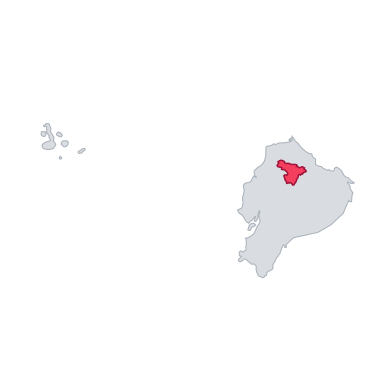 Pichincha highlighted on a map of Ecuador, rotated 10°
{"feature_id": "ECU-1287", "entity_name": "Pichincha", "entity_type": "Province", "adm_level": 1, "iso_a3": "ECU", "parent_name": "Ecuador", "parent_adm1": "", "projection": "natural_earth1", "projection_center": [-78.482, -0.183], "detail": "fine", "context": "in_parent", "style": "filled", "palette": "rose", "viewbox_px": 384, "rotation_deg": 10, "n_neighbors": 0, "source": "natural_earth", "source_scale": "10m", "svg_char_len": 5929}
<svg xmlns="http://www.w3.org/2000/svg" viewBox="0 0 384 384"><g transform="rotate(10 192 192)"><path d="M350.2,154.8L349.1,155.6L346.5,155.9L344.4,155.1L343.5,155.1L343.4,155.9L346.2,158.0L347.4,161.6L349.4,163.7L350.6,164.8L350.6,165.6L350.3,167.0L350.2,168.2L350.8,173.7L350.4,174.1L348.9,174.1L347.8,173.1L344.6,186.7L334.6,200.2L323.1,209.8L310.0,215.3L300.3,219.2L298.8,220.7L294.0,227.4L293.8,228.1L294.5,229.3L294.5,230.0L293.8,230.5L293.2,230.6L292.9,230.2L292.7,229.4L292.1,228.5L291.3,228.3L290.9,228.5L290.8,229.3L289.9,232.9L289.8,234.7L289.4,235.4L289.4,237.0L288.5,238.5L287.7,240.9L286.9,241.7L285.9,245.5L284.4,249.3L284.3,250.6L284.8,251.5L284.9,252.3L284.3,254.6L280.9,256.9L280.0,258.0L279.7,259.3L279.9,260.4L279.8,261.2L278.7,261.6L277.6,263.7L276.7,264.2L274.6,263.5L273.0,263.5L271.8,262.8L269.4,259.2L268.5,257.0L268.2,254.1L265.9,252.2L262.8,252.7L261.9,252.0L259.6,250.8L257.6,249.3L256.2,248.6L255.1,249.0L253.2,251.3L251.5,252.4L250.7,252.3L249.6,251.6L249.4,250.8L252.0,246.7L250.1,246.6L249.4,245.7L249.3,244.7L249.0,243.6L249.4,242.2L250.4,241.5L251.9,242.1L253.0,242.1L253.7,240.9L255.1,239.9L255.4,239.3L254.7,237.3L254.4,236.2L254.7,235.5L254.6,233.3L254.1,232.5L254.1,231.3L253.7,230.6L253.6,229.1L252.6,228.3L255.8,226.9L256.9,225.7L258.3,224.7L259.6,223.1L260.4,221.6L262.3,214.6L264.1,210.2L263.8,208.1L262.3,205.2L262.0,201.0L262.1,199.7L261.9,198.7L260.9,200.5L261.2,206.7L260.3,209.5L259.1,210.2L258.3,209.7L258.7,205.1L257.8,206.0L256.4,209.0L254.0,211.3L253.9,212.1L253.3,213.0L251.5,212.2L250.1,211.2L245.6,206.1L242.6,205.0L240.8,203.2L240.4,202.5L240.2,201.4L242.1,200.4L243.9,198.9L244.1,195.7L244.1,193.2L242.7,189.0L243.3,183.4L243.0,181.2L241.4,176.6L242.6,174.2L246.8,172.5L248.1,171.4L249.1,167.7L250.0,165.5L251.9,166.4L253.4,166.3L251.4,165.5L249.8,162.2L249.5,160.6L252.6,156.1L254.3,154.9L256.3,152.5L258.0,148.9L258.4,143.2L257.7,139.1L257.1,134.8L258.2,133.7L260.7,133.1L262.8,131.7L263.9,130.4L266.3,130.6L269.2,128.6L273.8,127.7L280.2,125.4L281.6,123.4L280.9,119.8L283.3,122.0L284.4,123.6L287.7,125.5L291.5,129.0L294.1,130.7L296.9,132.3L300.9,133.9L303.3,133.6L304.4,136.2L305.3,137.0L307.6,137.8L307.9,138.1L308.8,142.9L309.3,143.6L311.3,144.3L313.7,144.6L314.7,144.4L316.9,145.8L320.2,146.8L321.4,147.0L322.0,146.8L322.2,146.3L323.2,146.4L324.6,147.0L326.7,147.1L328.0,146.5L328.3,143.9L328.8,143.3L330.3,142.3L331.1,142.6L335.0,144.7L335.8,145.4L336.8,146.8L338.6,149.0L340.6,150.4L343.7,151.0L346.7,153.3L350.2,154.8ZM40.6,151.8L41.8,153.3L42.4,157.4L46.3,161.7L46.8,164.2L46.4,165.3L46.6,165.7L48.5,167.4L49.7,169.2L47.7,173.5L43.3,175.2L38.6,175.2L37.7,174.7L36.5,173.1L36.2,171.7L37.0,170.3L39.4,168.2L43.0,166.3L43.5,164.9L42.0,163.5L41.0,160.8L38.7,158.8L37.5,152.9L36.8,152.6L35.2,153.4L34.4,152.7L34.3,152.3L36.0,151.0L36.3,150.0L38.8,149.6L39.9,150.3L40.6,151.8ZM58.7,169.7L57.7,169.7L54.7,167.6L54.9,165.4L56.1,164.0L60.0,163.3L61.6,164.6L61.5,167.2L60.1,169.0L59.1,169.4L58.7,169.7ZM256.3,219.0L255.9,219.9L254.1,219.8L253.6,219.5L254.0,215.4L254.5,214.1L256.0,212.8L257.3,212.2L258.9,212.3L260.6,213.5L258.6,215.6L257.0,216.2L256.3,219.0ZM37.6,162.7L35.6,163.1L34.0,162.3L33.3,161.2L33.2,159.4L33.3,158.8L36.9,158.1L38.1,159.6L38.1,161.8L37.6,162.7ZM76.5,172.8L74.2,173.7L72.9,172.9L72.8,172.3L74.0,170.9L75.3,170.2L76.4,168.6L78.4,167.6L79.0,167.9L79.4,168.2L79.5,168.7L78.9,170.0L77.6,170.9L76.5,172.8ZM54.1,159.9L53.2,160.6L49.5,159.8L48.4,158.5L49.3,156.7L50.1,156.0L52.3,156.6L54.5,158.6L54.1,159.9ZM57.0,182.4L56.2,182.5L55.2,181.5L56.0,179.7L57.5,180.7L57.9,181.3L57.0,182.4ZM280.0,124.3L278.9,124.5L278.4,123.4L279.7,122.2L280.2,121.9L280.0,124.3Z" fill="#d9dde1" stroke="#a8b0b8" stroke-width="1"/><path d="M300.8,151.7L300.6,152.2L300.3,152.4L299.0,153.2L298.3,153.5L298.1,153.6L298.1,153.8L298.0,154.4L298.0,154.6L297.9,154.8L297.7,154.8L297.4,155.4L297.1,155.5L296.7,155.3L296.4,155.5L296.4,155.8L296.1,156.2L296.0,156.4L295.7,156.5L295.3,156.3L295.1,156.2L294.5,156.3L294.3,156.4L294.1,156.4L294.0,156.6L294.0,156.8L294.0,157.0L293.9,159.0L293.8,159.6L293.6,160.1L293.0,160.9L292.8,161.4L292.7,161.7L293.0,162.3L293.0,162.5L292.9,162.8L292.6,163.3L292.5,163.5L292.5,163.8L292.5,164.0L292.5,164.3L292.3,164.8L292.1,165.1L291.7,165.5L291.6,165.8L291.4,166.1L291.4,166.7L291.3,167.0L291.2,167.2L291.0,167.3L290.5,167.4L290.3,167.5L289.9,167.7L288.6,166.2L288.1,165.9L287.8,166.0L287.4,165.9L287.1,165.9L286.9,165.9L286.4,166.2L286.2,166.3L285.9,166.1L285.6,166.0L285.4,166.1L285.2,166.3L284.9,166.5L284.7,166.5L284.1,167.0L283.9,167.1L283.7,167.0L283.6,166.8L283.6,166.6L283.5,166.2L283.3,165.7L283.0,165.2L281.8,164.2L281.5,163.9L281.4,163.7L281.3,163.1L281.2,163.0L281.0,162.6L280.7,161.9L280.0,160.8L280.0,160.7L280.0,160.4L279.9,160.3L279.7,160.1L280.3,159.1L282.8,158.8L283.1,157.2L282.2,155.9L280.3,154.8L279.7,154.1L276.3,154.2L276.1,152.4L272.2,152.2L271.2,151.3L271.5,150.2L271.8,149.7L272.0,149.1L272.3,148.7L272.3,148.4L272.3,148.2L272.1,148.1L272.0,147.9L271.5,147.5L271.4,147.4L271.4,147.2L271.5,147.0L271.7,146.9L272.1,146.7L272.3,146.5L272.7,146.1L272.9,146.0L273.2,145.9L273.4,145.7L273.9,145.3L274.1,145.3L274.4,145.3L274.9,145.3L275.4,145.3L277.4,145.8L277.6,145.9L277.7,146.0L278.0,146.4L278.3,147.3L278.5,147.4L278.8,147.6L279.1,147.7L279.4,147.6L279.7,147.6L280.1,147.5L280.8,147.2L282.5,147.0L283.0,147.1L284.9,147.6L285.4,147.6L285.6,147.5L285.8,147.4L286.8,147.3L287.2,147.2L287.5,147.2L288.5,147.0L289.6,146.9L290.1,147.0L290.4,147.1L290.5,147.3L290.6,147.5L290.6,147.8L290.6,148.0L290.5,148.4L290.5,148.6L291.0,148.2L291.4,148.2L291.6,148.4L292.0,148.8L292.3,149.0L292.6,149.2L293.2,149.4L293.7,149.4L294.2,149.2L295.0,148.8L295.4,148.5L295.8,148.1L296.1,148.0L296.4,148.0L298.6,148.8L298.1,149.7L298.1,149.8L298.3,149.9L298.5,150.0L298.8,150.1L299.4,150.4L299.7,150.5L299.8,150.5L300.2,150.7L300.3,150.8L300.4,151.0L300.5,151.4L300.5,151.5L300.8,151.7Z" fill="#f43f5e" stroke="#9f1239" stroke-width="1.5"/></g></svg>